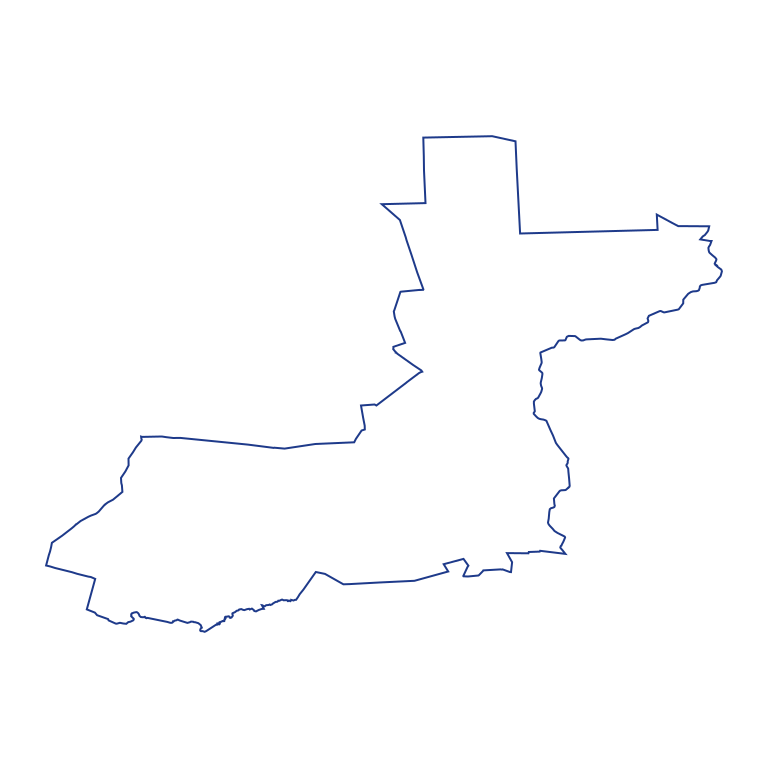 the district of Blontu pag., Ciblas, Latvia
{"feature_id": "27541924B11369023113792", "entity_name": "Blontu pag.", "entity_type": "district", "adm_level": 2, "iso_a3": "LVA", "parent_name": "Latvia", "parent_adm1": "Ciblas", "projection": "robinson", "projection_center": [27.846, 56.653], "detail": "fine", "context": "isolated", "style": "outline", "palette": "blue", "viewbox_px": 768, "rotation_deg": 0, "n_neighbors": 0, "source": "geoboundaries", "source_scale": "gbopen_adm2", "svg_char_len": 6077}
<svg xmlns="http://www.w3.org/2000/svg" viewBox="0 0 768 768"><path d="M381.8,204.2L399.9,220.0L405.8,237.5L406.5,240.1L411.4,254.6L417.2,272.4L423.4,289.4L423.2,289.8L419.8,290.0L419.7,289.9L400.8,291.7L400.4,291.9L394.4,310.0L393.8,311.4L394.6,316.5L395.2,318.8L400.2,331.0L400.6,331.3L403.3,338.2L405.1,342.9L393.4,346.8L393.4,348.2L393.2,349.1L395.3,351.7L396.1,352.4L396.2,352.7L396.1,352.8L396.8,353.1L397.3,353.7L397.7,354.0L413.3,365.1L421.3,370.4L422.2,371.7L420.9,372.1L419.1,373.0L407.1,382.0L406.3,382.7L376.4,405.5L374.6,404.5L361.0,405.5L363.1,417.5L364.7,425.7L364.8,429.5L361.6,430.5L355.9,438.9L354.2,442.3L315.3,444.0L284.6,448.6L274.2,447.7L273.8,447.9L247.9,444.6L180.2,437.9L173.2,438.0L166.5,437.2L161.8,436.5L142.1,436.9L141.1,436.6L141.3,438.3L141.7,439.7L141.3,440.8L135.9,447.5L133.0,452.2L128.5,458.6L128.6,465.4L125.4,471.4L121.0,477.9L121.3,483.1L121.9,485.3L122.4,491.9L113.0,499.7L108.0,502.3L105.1,504.4L105.2,504.5L103.8,505.7L98.7,511.6L96.6,513.3L95.6,513.9L90.9,515.6L88.3,516.8L80.6,521.0L76.3,524.4L76.1,524.3L74.1,526.3L71.6,528.4L62.0,535.8L51.9,542.8L51.1,547.1L50.0,551.6L48.9,554.9L46.1,565.5L50.3,566.5L55.1,568.0L72.0,572.2L77.1,573.8L88.3,576.6L90.8,577.0L95.2,578.9L86.8,609.4L94.9,612.6L97.1,615.2L108.1,619.1L108.6,620.4L115.5,623.5L116.2,623.7L117.1,623.6L119.9,622.8L123.3,623.5L126.3,623.8L128.3,622.1L130.4,621.7L133.3,620.3L133.8,619.2L133.7,618.7L131.3,616.4L131.1,616.0L131.5,615.0L131.2,614.3L131.8,613.4L132.1,613.2L132.9,613.0L133.8,612.6L136.4,612.1L136.9,612.2L138.2,613.2L138.7,613.9L139.6,616.0L140.8,617.0L142.3,617.2L143.7,617.2L144.8,616.8L145.6,617.5L145.4,617.7L145.5,617.8L146.5,618.2L147.6,617.9L167.2,621.9L170.3,622.8L171.9,622.8L172.6,622.4L173.1,621.3L173.6,621.5L174.5,620.7L176.7,620.2L177.4,619.6L178.0,619.7L179.7,620.5L187.4,622.9L189.9,622.2L191.0,621.6L193.4,621.8L194.0,622.2L195.1,622.2L198.4,623.2L200.7,625.1L201.8,627.7L200.9,628.2L200.3,629.5L200.2,630.4L200.5,630.9L200.9,631.1L202.5,631.1L204.7,631.8L206.2,631.1L216.2,624.6L216.8,624.8L217.7,624.5L217.2,623.8L217.3,623.4L217.5,623.4L218.0,624.0L218.3,624.0L218.8,623.7L219.4,624.2L219.8,623.8L219.9,623.4L219.8,623.1L219.3,622.5L219.5,622.2L221.0,621.9L221.4,621.5L222.1,621.4L222.6,621.0L223.9,621.2L224.3,621.1L224.4,620.8L224.3,619.9L224.4,619.5L225.0,619.3L225.6,618.3L225.6,618.2L224.9,617.9L225.0,617.2L225.4,616.8L225.7,616.7L226.8,616.7L228.4,616.3L229.2,616.5L229.5,616.7L229.5,617.0L229.7,617.6L230.0,617.8L230.4,617.9L231.5,617.5L232.7,615.9L232.8,615.4L232.7,615.0L232.4,614.2L232.4,613.4L232.6,613.2L235.1,612.1L236.6,610.8L238.0,610.5L238.5,610.3L238.7,610.1L238.9,609.7L239.2,609.5L241.3,609.1L243.2,609.9L244.4,610.1L246.9,609.2L249.1,608.8L249.7,609.5L251.9,608.6L253.7,610.0L253.9,610.2L254.3,611.0L256.0,611.4L258.7,610.0L261.9,608.9L263.8,608.8L261.9,605.2L262.5,605.3L263.4,606.0L264.7,606.3L266.2,605.2L268.5,605.0L269.7,604.5L270.3,605.0L272.2,604.3L272.8,603.6L275.6,601.9L277.1,601.8L277.9,601.3L278.3,600.7L279.3,600.8L281.6,599.7L282.2,599.6L283.7,600.3L285.1,600.2L287.0,600.2L287.4,600.4L287.8,601.1L288.2,601.1L289.0,600.5L290.2,601.2L291.2,600.4L291.2,599.9L293.6,600.5L294.7,599.9L296.1,599.8L297.9,597.2L299.7,594.2L303.4,589.6L315.8,572.0L325.0,573.9L343.4,584.3L349.6,584.1L379.1,582.5L414.5,580.8L448.2,571.5L443.7,564.2L463.5,558.9L468.4,565.7L467.5,567.0L463.3,576.0L463.5,576.3L467.9,576.5L478.4,575.5L478.9,575.2L482.9,571.1L483.3,570.4L500.4,569.4L502.1,569.6L502.6,569.4L509.8,572.0L511.0,572.1L512.1,562.2L507.0,553.1L528.4,553.3L528.8,552.0L539.7,551.6L540.1,550.8L565.4,553.9L562.3,550.0L560.6,548.1L560.3,547.4L560.6,546.5L560.8,546.0L561.4,545.7L561.9,544.4L563.4,541.6L565.1,537.5L565.0,537.1L564.7,536.6L564.2,536.3L557.6,533.0L554.5,531.0L552.7,528.8L549.8,525.8L548.8,524.5L548.3,523.6L548.0,522.5L548.7,518.8L549.3,512.0L549.8,509.2L551.0,508.2L553.2,507.6L554.2,507.1L554.4,506.9L554.8,505.6L554.4,504.2L553.9,498.5L554.1,498.2L559.5,491.2L560.1,490.7L561.3,490.3L565.1,490.1L565.8,489.9L567.8,488.2L567.7,488.2L568.2,487.7L568.4,487.8L568.8,487.4L569.7,486.0L569.1,478.6L568.4,471.7L568.2,469.0L568.1,468.4L567.2,467.0L566.5,465.7L566.4,465.2L566.7,464.5L567.4,463.6L567.7,462.8L567.7,461.3L568.4,459.0L568.4,458.5L568.0,458.0L567.2,457.4L565.7,455.6L557.3,444.9L555.9,442.9L553.0,435.5L550.6,430.4L546.4,420.8L545.2,420.2L543.5,419.6L540.9,419.2L539.3,418.8L537.8,418.0L536.3,416.6L533.8,413.9L533.7,413.2L533.8,412.7L534.6,411.7L534.8,411.2L533.9,403.6L533.9,401.5L534.9,400.0L536.0,398.9L537.6,398.2L538.2,397.6L540.6,393.2L541.3,391.7L542.1,388.8L542.0,388.0L541.1,385.7L540.7,383.6L540.8,382.3L541.8,378.1L542.4,374.3L542.4,373.5L542.2,372.8L541.0,371.7L539.3,370.3L539.0,369.7L539.6,367.7L541.5,363.3L541.7,362.2L541.3,359.1L540.3,353.0L540.5,352.5L551.8,347.7L553.5,347.6L554.3,347.2L558.4,341.1L558.9,340.7L559.4,340.5L564.9,340.4L565.4,340.1L565.6,339.7L566.8,336.9L567.4,336.5L568.8,335.9L575.0,336.1L575.6,336.4L579.5,339.5L580.5,340.2L581.5,340.5L583.2,340.4L585.3,339.6L586.2,339.4L600.8,338.7L606.6,339.4L612.6,340.0L614.3,339.8L614.9,339.5L615.7,338.7L625.7,334.2L627.9,333.1L633.9,329.2L635.2,328.7L638.4,328.0L640.1,327.0L641.9,325.5L647.9,322.3L648.2,321.7L648.3,320.8L647.6,318.4L648.9,315.8L659.5,311.2L660.3,311.0L661.0,311.1L663.6,312.3L664.4,312.4L677.9,309.6L678.8,309.2L683.2,303.4L683.3,299.6L688.2,293.8L690.8,292.1L693.0,291.4L696.4,291.2L698.1,290.7L698.9,290.2L699.7,287.9L699.9,286.4L700.7,285.4L702.1,284.9L714.6,282.8L716.2,282.2L717.0,280.3L720.3,276.4L720.7,275.7L721.9,271.4L721.6,270.3L721.2,269.5L717.9,267.1L716.0,265.4L716.5,265.2L715.8,264.7L715.6,264.8L714.7,263.8L714.7,263.5L716.1,260.6L716.4,259.6L716.4,259.2L716.2,258.9L715.2,257.6L712.3,255.2L709.6,252.8L709.1,252.0L708.7,250.5L708.4,247.9L708.9,246.7L710.1,244.9L711.5,241.0L709.9,241.0L700.3,239.4L702.6,236.6L703.2,236.1L704.8,235.1L707.3,232.0L708.2,230.6L709.2,226.3L678.2,226.1L672.3,223.0L656.8,214.6L657.6,229.9L520.1,233.5L516.7,168.4L515.5,141.3L492.2,136.2L423.3,137.6L423.8,156.1L424.0,170.4L425.5,203.1L381.8,204.2Z" fill="none" stroke="#1e3a8a" stroke-width="2"/></svg>